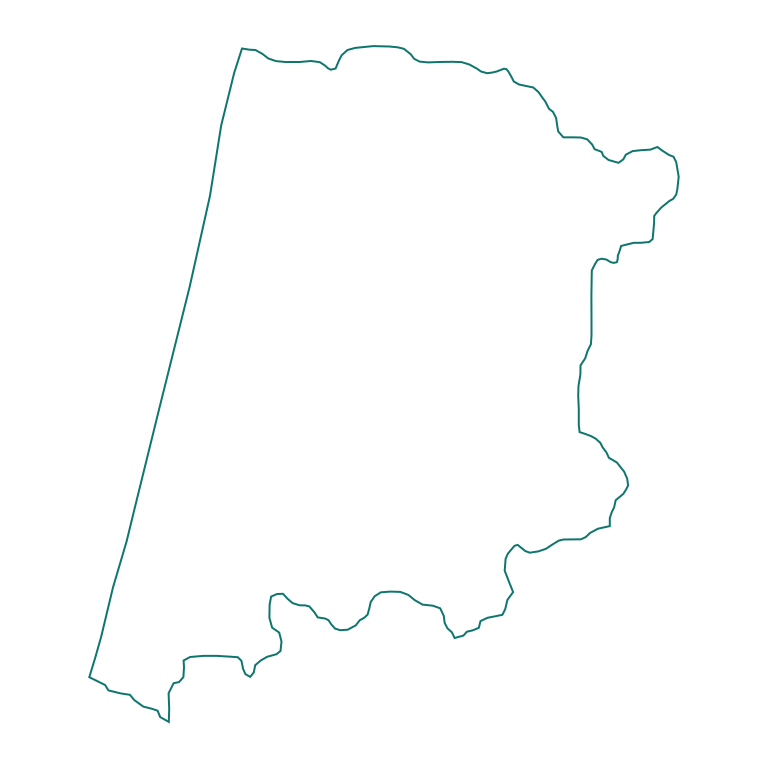 the district of HaSharon, HaMerkaz, Israel
{"feature_id": "584046B61571705909900", "entity_name": "HaSharon", "entity_type": "district", "adm_level": 2, "iso_a3": "ISR", "parent_name": "Israel", "parent_adm1": "HaMerkaz", "projection": "natural_earth1", "projection_center": [34.955, 32.299], "detail": "fine", "context": "isolated", "style": "outline", "palette": "teal", "viewbox_px": 768, "rotation_deg": 0, "n_neighbors": 0, "source": "geoboundaries", "source_scale": "gbopen_adm2", "svg_char_len": 3064}
<svg xmlns="http://www.w3.org/2000/svg" viewBox="0 0 768 768"><path d="M168.8,721.9L169.2,709.0L168.6,693.2L173.6,683.2L179.0,682.1L183.4,677.1L184.0,667.2L183.6,660.5L190.1,657.0L203.0,655.9L217.2,655.9L229.1,656.6L237.7,657.2L241.4,660.7L243.1,668.9L245.4,674.1L250.2,676.9L253.8,672.4L255.2,665.2L260.7,660.5L267.1,656.8L276.5,654.2L280.5,651.0L281.5,641.6L279.2,632.6L272.1,627.6L269.4,617.8L269.6,604.8L271.1,596.6L277.0,594.0L283.0,593.8L287.6,598.8L292.6,603.1L299.7,605.3L304.7,605.3L309.3,606.4L314.5,612.4L317.7,617.4L325.0,618.5L328.5,620.2L331.4,624.5L335.2,628.7L340.4,630.2L347.7,629.7L355.7,625.4L359.8,620.2L364.2,617.8L367.6,614.6L369.4,607.9L370.7,602.0L374.7,596.2L380.9,592.3L390.3,591.6L400.3,591.9L408.3,594.9L414.7,600.1L422.5,604.6L432.9,605.7L440.2,608.3L443.8,615.9L444.6,622.8L447.5,628.4L451.9,632.3L454.6,638.0L463.4,635.6L466.9,631.7L472.6,630.4L478.8,627.8L480.5,621.1L487.4,617.8L495.1,616.3L502.4,614.8L505.2,609.2L507.4,599.9L513.1,592.1L509.3,582.6L504.7,570.7L505.6,558.8L507.9,553.6L514.5,545.8L517.7,544.9L525.2,551.0L529.8,552.7L538.3,551.4L545.9,548.8L552.1,544.7L558.8,540.6L563.6,539.5L580.9,539.3L585.7,537.1L590.3,532.8L598.0,528.7L609.8,526.1L609.8,525.5L609.8,518.0L611.8,512.1L614.1,507.4L615.7,500.2L623.3,493.9L626.2,489.3L628.1,485.4L627.2,478.7L624.1,471.6L620.5,467.1L616.9,462.5L608.9,457.8L606.4,452.4L602.5,447.2L600.4,442.9L595.6,438.6L590.8,436.0L584.6,433.7L579.6,432.1L578.8,425.2L578.8,409.5L578.2,395.6L578.5,385.8L580.4,374.5L580.5,365.4L585.2,358.3L587.6,350.8L590.9,344.2L591.5,335.6L591.5,323.7L591.4,294.8L591.8,270.4L595.1,263.9L597.6,259.9L601.6,258.7L606.6,259.6L610.5,262.1L613.8,262.9L616.8,262.2L617.6,259.7L617.9,255.3L619.0,252.7L621.2,245.9L633.7,242.8L641.0,242.8L649.2,242.0L652.6,239.1L653.1,234.0L654.1,222.9L654.2,216.0L656.2,213.2L661.2,207.6L666.6,203.2L669.6,200.8L673.1,198.9L676.2,194.6L677.4,188.8L678.7,176.7L676.2,162.1L673.5,156.7L669.1,155.0L663.0,151.1L657.3,147.0L650.5,149.6L641.0,150.2L632.6,151.1L625.8,154.7L623.3,159.4L618.5,162.8L608.6,160.0L603.2,155.8L601.8,152.1L599.8,151.1L594.6,149.2L592.2,144.6L587.2,139.3L580.8,137.5L572.1,137.3L563.3,137.3L558.2,131.4L557.2,125.6L556.1,118.0L553.0,111.9L549.0,108.8L545.3,101.5L542.7,98.1L538.5,92.1L533.3,87.5L524.3,85.6L519.0,84.5L513.8,81.5L511.0,76.1L508.6,71.9L506.5,69.2L504.0,68.7L496.7,71.5L491.9,72.6L487.2,73.2L481.0,71.5L477.0,68.7L469.4,64.5L461.5,62.1L452.1,61.8L439.0,62.0L428.2,62.4L419.6,61.6L414.1,58.8L410.9,54.4L403.9,48.8L397.7,47.3L389.3,46.5L373.1,46.1L355.2,47.9L347.5,50.0L341.6,55.3L338.7,61.1L335.6,68.5L330.8,69.7L328.0,68.3L325.3,65.8L320.1,62.3L316.5,61.7L311.0,61.0L307.4,61.3L299.6,62.0L292.6,62.0L285.7,62.0L275.9,61.1L268.2,58.4L262.6,54.0L255.4,50.0L249.5,49.7L242.0,48.5L234.2,72.8L221.2,125.4L210.0,195.7L189.8,286.2L159.1,409.2L134.2,510.2L126.6,541.4L113.0,587.4L101.1,637.0L95.2,657.8L89.3,677.2L105.1,685.0L108.4,690.4L120.7,693.4L129.9,694.8L134.4,700.2L143.3,706.6L151.7,708.7L157.6,710.7L160.2,717.1L165.1,719.8L168.8,721.9Z" fill="none" stroke="#0f766e" stroke-width="2"/></svg>